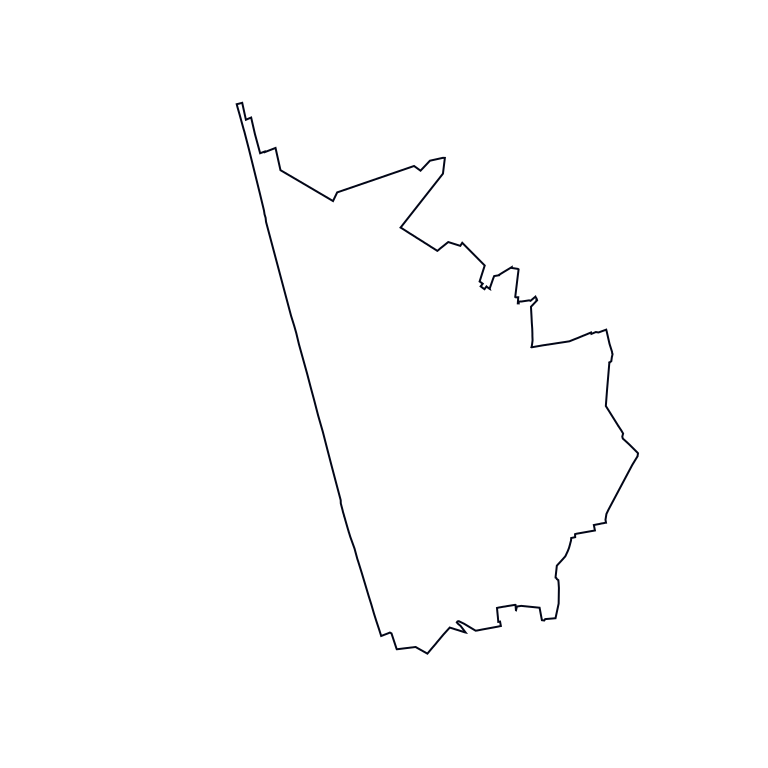 Mazatán, Chiapas, Mexico (Albers equal-area conic projection), rotated 28°
{"feature_id": "50627088B67111551527480", "entity_name": "Mazatán", "entity_type": "district", "adm_level": 2, "iso_a3": "MEX", "parent_name": "Mexico", "parent_adm1": "Chiapas", "projection": "albers", "projection_center": [-92.476, 14.878], "detail": "fine", "context": "isolated", "style": "outline", "palette": "ink", "viewbox_px": 768, "rotation_deg": 28, "n_neighbors": 0, "source": "geoboundaries", "source_scale": "gbopen_adm2", "svg_char_len": 4857}
<svg xmlns="http://www.w3.org/2000/svg" viewBox="0 0 768 768"><g transform="rotate(28 384 384)"><path d="M564.7,243.1L564.2,242.6L556.0,233.1L554.7,231.7L549.2,237.8L547.2,238.5L546.7,238.6L543.6,242.4L542.6,241.3L541.5,242.7L540.4,244.0L539.8,244.8L539.1,245.6L538.3,246.6L536.8,248.3L536.4,248.9L536.0,249.3L533.5,252.4L531.5,254.7L529.9,256.6L528.8,257.9L528.7,258.0L528.5,258.3L528.2,258.6L527.9,259.0L527.5,259.4L526.8,259.9L524.0,262.0L518.2,266.3L513.4,269.9L511.5,271.3L510.6,272.0L509.7,272.6L509.2,273.0L508.8,273.3L507.9,274.0L507.4,274.3L506.5,275.0L505.7,275.6L504.3,276.7L497.1,282.3L496.9,282.3L496.9,281.8L496.1,279.4L494.8,276.0L494.4,275.2L492.4,271.8L491.4,269.9L489.0,265.7L485.8,260.6L482.7,255.4L477.5,246.8L478.9,241.7L479.9,238.2L479.6,237.9L479.0,238.0L478.6,236.9L477.3,236.3L476.7,235.8L474.3,241.8L472.9,242.0L466.7,246.6L465.9,247.0L465.0,247.6L464.1,248.1L465.1,249.6L464.3,250.0L461.8,244.4L459.2,245.9L459.3,246.3L451.0,224.8L450.1,222.4L449.0,219.6L448.2,219.5L442.2,221.6L441.9,220.9L437.1,228.9L434.4,233.5L434.6,233.9L430.6,237.0L430.9,239.7L432.5,250.1L432.8,250.4L432.7,250.4L429.0,249.9L428.7,249.8L428.2,253.1L426.5,252.9L423.5,252.4L424.1,249.1L421.3,248.7L420.3,248.6L417.3,232.1L386.8,222.6L386.5,226.2L374.1,228.5L373.3,230.3L371.6,234.3L370.9,235.9L370.0,237.9L369.2,240.1L368.6,241.4L368.2,241.4L367.4,241.3L366.6,241.2L365.7,241.2L364.9,241.1L364.0,241.0L363.2,241.0L362.3,240.9L361.5,240.9L360.6,240.8L359.8,240.7L358.9,240.6L358.1,240.6L357.2,240.5L356.4,240.4L355.7,240.4L354.7,240.3L353.8,240.3L353.0,240.2L352.1,240.1L351.3,240.0L350.4,240.0L349.6,239.9L348.7,239.9L347.9,239.8L347.0,239.7L346.2,239.7L345.3,239.6L344.5,239.6L343.6,239.5L342.8,239.4L341.9,239.3L341.1,239.3L340.2,239.2L339.4,239.1L338.5,239.1L337.6,239.0L336.8,239.0L327.3,238.2L325.2,238.1L337.3,170.6L331.6,155.8L329.9,156.6L319.7,165.3L318.1,171.3L316.1,178.5L308.2,177.4L252.7,236.8L253.1,246.4L248.9,246.2L192.2,243.8L177.4,226.5L169.9,235.2L169.6,234.7L166.3,238.4L152.6,223.8L141.6,211.1L138.0,215.5L126.8,202.3L124.2,204.7L123.4,205.4L122.6,206.1L124.8,208.5L130.2,214.1L135.0,219.2L140.5,225.0L142.3,226.8L154.4,240.0L162.4,248.9L185.0,274.1L196.6,287.2L198.9,290.3L201.4,292.8L203.7,296.2L269.9,367.4L277.4,374.8L282.6,380.2L290.2,388.8L311.2,410.9L320.7,421.2L329.6,430.7L340.6,442.7L352.3,454.8L355.7,458.5L359.7,462.9L364.9,468.6L370.6,474.8L375.0,479.6L387.3,492.9L400.3,506.9L401.9,509.7L406.7,514.9L407.9,516.3L409.2,517.6L409.8,518.2L410.2,518.6L410.6,519.0L410.7,519.3L411.1,519.6L411.5,520.0L411.9,520.4L412.3,520.8L412.8,521.3L413.1,521.6L413.7,522.3L414.6,523.2L417.1,525.8L420.5,529.3L422.1,530.9L422.2,531.1L422.9,531.7L425.9,534.7L435.3,543.2L442.6,551.0L444.5,552.8L453.1,561.3L462.7,571.0L469.8,578.2L476.2,584.5L482.9,591.4L488.4,596.8L494.8,602.9L499.8,607.8L504.6,602.3L505.9,600.7L507.7,600.7L519.4,611.9L519.8,612.2L520.0,612.1L535.3,601.4L548.9,601.7L550.0,596.6L550.0,596.4L550.3,595.2L550.5,594.2L551.8,588.5L551.8,588.2L551.9,587.9L551.9,587.7L552.0,587.3L552.1,586.6L552.2,586.3L554.1,577.3L556.4,568.2L556.5,568.2L559.4,567.6L560.0,567.5L560.6,567.4L561.2,567.3L561.9,567.2L562.7,567.0L563.4,566.9L564.2,566.7L572.0,565.3L572.7,565.1L565.1,561.6L562.0,561.0L560.2,560.3L560.4,559.1L561.4,558.3L567.4,558.1L580.7,558.8L582.0,557.9L586.3,554.4L590.6,551.0L594.9,547.6L598.9,544.4L599.1,544.2L600.8,542.8L598.0,539.3L597.4,539.8L596.6,540.4L593.5,535.6L593.4,535.5L588.9,528.7L590.5,527.3L592.1,526.1L593.7,524.8L595.4,523.6L597.0,522.3L598.6,521.1L600.2,519.9L601.9,518.6L603.5,517.4L603.8,517.3L606.7,521.8L606.8,521.8L605.8,518.1L609.3,515.5L626.4,508.5L634.3,518.4L636.5,517.6L636.7,515.9L645.4,510.3L641.3,495.9L634.2,482.0L631.0,476.8L630.6,476.3L630.3,475.9L630.1,475.4L629.8,475.3L629.4,475.2L628.9,475.2L628.2,475.1L627.7,474.7L627.2,474.4L626.4,474.4L626.0,473.6L623.2,466.5L621.9,463.3L621.9,463.2L623.2,458.3L624.4,453.6L624.4,453.4L624.9,451.5L624.9,451.3L625.0,450.7L624.7,445.2L624.5,443.4L624.3,441.8L623.6,438.6L623.2,437.0L623.0,436.1L622.8,435.3L622.7,434.6L622.3,433.7L621.8,432.5L621.6,432.1L624.7,429.5L623.2,426.9L624.3,425.8L638.0,415.1L639.0,414.3L635.5,410.0L638.2,407.8L639.5,406.8L640.3,406.1L641.0,405.5L641.7,404.9L642.4,404.4L643.2,403.8L643.9,403.2L644.9,402.3L645.1,402.2L643.3,399.9L641.4,394.3L641.2,389.5L641.2,338.8L641.5,333.5L641.8,328.7L641.7,328.6L640.8,325.9L640.0,325.6L632.8,323.4L629.5,322.4L627.7,321.9L622.3,320.5L621.3,320.3L620.4,320.0L619.1,318.6L618.9,317.8L618.4,315.5L615.0,313.4L614.2,313.0L613.1,312.4L611.1,311.3L611.0,311.2L610.8,311.2L610.7,311.1L594.6,301.8L590.2,299.3L583.5,284.0L581.4,279.1L578.2,271.6L573.1,259.7L572.8,259.3L573.3,258.9L573.3,258.4L573.5,258.0L573.9,257.5L574.0,257.2L572.5,253.1L572.3,252.1L572.1,251.6L571.9,250.7L571.7,250.2L571.0,249.7L570.3,248.6L564.7,243.1Z" fill="none" stroke="#020617" stroke-width="2"/></g></svg>